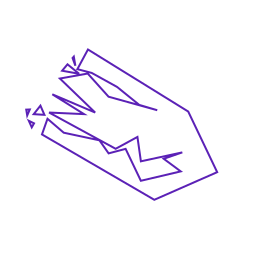 outline of Sogn og Fjordane, rotated 26°
{"feature_id": "NOR-915", "entity_name": "Sogn og Fjordane", "entity_type": "County", "adm_level": 1, "iso_a3": "NOR", "parent_name": "Norway", "parent_adm1": "", "projection": "robinson", "projection_center": [5.843, 61.458], "detail": "coarse", "context": "isolated", "style": "outline", "palette": "violet", "viewbox_px": 256, "rotation_deg": 26, "n_neighbors": 0, "source": "natural_earth", "source_scale": "10m", "svg_char_len": 724}
<svg xmlns="http://www.w3.org/2000/svg" viewBox="0 0 256 256"><g transform="rotate(26 128 128)"><path d="M53.5,171.5L51.6,155.0L72.3,160.4L107.7,151.6L121.7,159.3L135.0,147.8L162.7,169.8L194.4,143.9L173.6,140.0L187.5,126.1L154.2,152.3L140.4,131.9L126.0,152.1L50.3,148.7L82.4,134.8L45.2,130.9L91.7,128.5L45.1,113.4L67.9,96.7L96.8,108.4L146.5,99.2L128.0,102.3L100.2,95.9L71.3,94.4L56.7,97.3L57.6,75.0L174.9,86.8L227.5,128.6L183.1,181.0L53.5,171.5ZM43.7,105.4L45.7,97.3L60.3,100.7L43.7,105.4ZM39.5,146.3L47.1,152.8L37.2,156.9L39.5,146.3ZM48.0,87.6L53.4,95.1L47.5,89.4L48.0,87.6ZM31.6,154.4L31.9,160.9L28.5,156.1L31.6,154.4ZM41.5,165.0L41.2,169.6L35.7,165.0L41.5,165.0Z" fill="none" stroke="#5b21b6" stroke-width="2"/></g></svg>